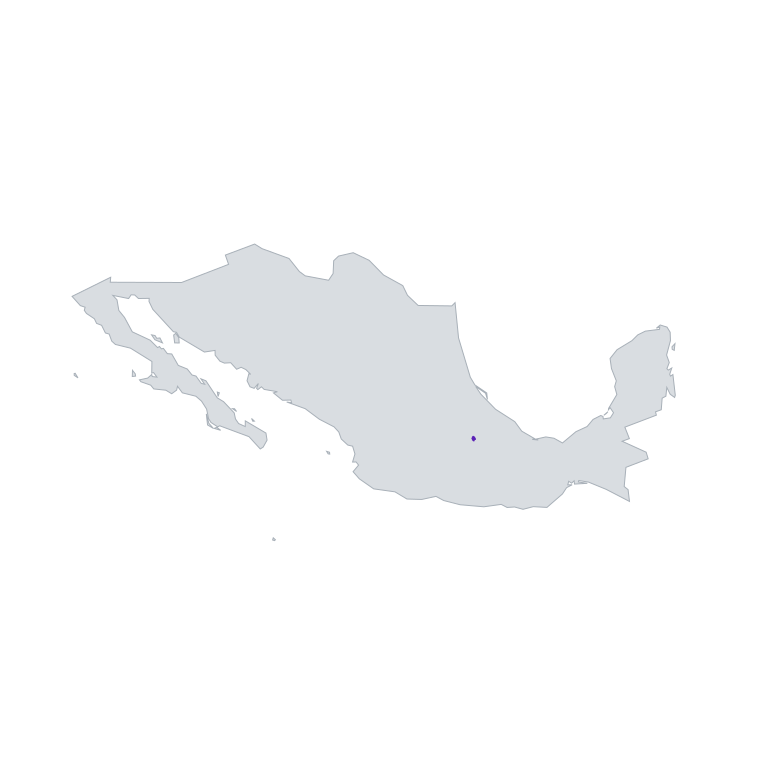 Temascalapa, México, Mexico (highlighted), rotated 339°
{"feature_id": "50627088B1319644746594", "entity_name": "Temascalapa", "entity_type": "district", "adm_level": 2, "iso_a3": "MEX", "parent_name": "Mexico", "parent_adm1": "México", "projection": "natural_earth1", "projection_center": [-98.879, 19.816], "detail": "fine", "context": "in_parent", "style": "filled", "palette": "violet", "viewbox_px": 768, "rotation_deg": 339, "n_neighbors": 0, "source": "geoboundaries", "source_scale": "gbopen_adm2", "svg_char_len": 4707}
<svg xmlns="http://www.w3.org/2000/svg" viewBox="0 0 768 768"><g transform="rotate(339 384 384)"><path d="M124.2,190.4L167.1,186.4L164.9,190.9L231.4,216.7L281.8,216.6L282.1,206.8L313.4,207.0L318.6,213.9L340.3,232.8L345.3,248.7L349.2,254.8L369.5,267.3L376.1,262.6L381.2,250.9L387.4,248.3L402.3,250.4L414.5,263.3L422.6,282.0L436.8,298.9L437.7,309.6L444.0,322.9L475.3,335.4L479.5,333.5L470.1,367.7L467.0,408.6L468.5,417.4L476.7,429.2L475.0,435.5L475.5,429.1L468.7,419.1L470.8,428.3L479.1,447.6L492.6,466.0L495.7,477.4L505.1,489.1L502.5,488.8L507.9,491.6L506.2,489.9L516.1,491.4L523.2,495.5L529.5,503.0L546.1,497.3L558.4,496.5L566.5,492.0L575.1,491.1L576.8,492.8L576.2,495.2L583.2,496.7L588.0,493.1L586.6,487.1L584.3,488.5L584.9,487.3L597.6,477.3L598.4,469.1L602.0,464.3L601.9,451.1L604.2,441.2L613.9,435.5L631.0,432.4L638.5,429.1L646.9,428.3L660.8,431.7L661.9,429.6L658.3,429.5L663.0,427.9L668.6,432.3L669.7,438.2L667.0,446.1L658.2,458.2L658.0,466.2L653.6,471.1L654.4,472.9L658.4,472.2L654.2,477.3L654.3,479.3L657.1,478.7L651.9,498.9L650.5,500.7L647.5,496.1L646.8,488.5L642.8,496.4L638.6,496.9L633.6,507.4L627.5,507.3L627.1,510.7L593.4,510.6L593.5,522.9L585.8,522.8L604.3,541.6L603.8,548.5L580.0,548.5L571.5,565.8L574.0,570.1L571.1,581.6L553.7,562.0L539.8,548.9L531.3,543.9L530.3,545.1L538.2,549.6L526.0,545.7L526.8,542.5L523.6,543.8L521.6,541.0L519.4,544.0L523.5,545.5L517.3,546.2L511.2,550.6L491.9,557.6L479.4,552.0L468.9,550.8L461.8,545.6L454.7,543.4L450.3,538.4L433.2,534.4L411.8,524.0L398.0,514.2L392.2,507.5L377.8,505.3L364.2,499.6L355.6,488.6L336.8,478.2L327.0,463.7L323.7,454.8L331.2,450.6L330.0,446.8L326.7,445.6L331.8,438.9L332.4,430.8L328.3,428.0L324.4,420.0L324.6,412.6L322.0,406.1L311.0,393.7L301.6,378.8L286.7,365.9L291.0,368.4L291.3,365.6L283.4,362.8L277.6,352.7L281.7,353.0L270.2,346.1L268.6,342.7L264.2,344.0L263.5,342.4L266.9,338.5L261.2,341.5L257.9,338.6L257.3,331.9L261.5,326.0L263.0,327.2L260.2,321.0L256.6,317.2L251.7,317.4L248.5,309.2L242.5,307.3L239.0,303.9L236.7,296.6L238.3,292.1L227.8,289.8L209.7,266.9L208.8,261.4L206.1,259.7L194.9,231.4L194.2,222.7L195.5,219.9L185.4,216.2L183.2,211.6L179.9,210.1L176.2,212.7L162.6,204.1L164.9,209.7L162.8,220.3L165.6,228.9L167.7,245.1L181.4,259.3L185.7,268.9L187.8,268.5L188.8,271.4L190.8,271.7L192.6,278.0L196.6,279.9L198.6,292.9L205.7,299.5L208.0,306.8L211.3,309.2L213.6,317.9L216.5,320.0L214.9,313.5L218.9,317.2L223.4,337.2L227.9,343.0L233.8,357.3L232.8,363.4L234.1,368.8L239.2,374.0L241.3,368.7L256.2,387.5L254.7,394.5L248.6,399.6L245.2,400.3L239.1,384.8L215.6,364.1L213.4,364.4L208.7,357.9L207.8,353.5L209.4,343.8L207.5,334.6L204.0,328.0L192.6,320.0L190.4,312.1L188.2,315.4L182.3,317.0L178.1,311.6L167.3,306.1L165.8,301.5L157.9,294.8L157.2,292.5L165.5,293.8L170.5,291.9L170.3,294.0L174.5,296.2L173.0,290.8L171.1,290.5L175.4,279.8L160.2,259.7L147.4,250.8L145.2,246.4L145.3,238.9L142.2,236.5L141.4,228.0L137.4,224.4L137.0,219.3L131.5,211.5L130.6,207.8L132.5,205.2L128.6,202.0L124.2,190.4ZM209.0,267.2L207.5,272.3L203.3,270.6L205.2,262.9L207.7,262.1L209.0,267.2ZM191.9,266.2L186.0,260.6L184.6,254.8L187.6,256.7L188.2,259.9L191.3,260.7L191.9,266.2ZM667.0,456.6L665.5,454.9L666.2,452.5L670.1,450.6L667.0,456.6ZM208.8,364.3L204.6,359.0L207.4,348.2L206.4,357.9L208.8,364.3ZM154.9,287.6L151.7,286.8L154.1,281.1L155.4,285.4L154.9,287.6ZM100.5,268.6L97.9,264.9L98.5,263.2L99.5,263.3L100.5,268.6ZM212.4,364.5L214.9,368.7L209.6,364.6L212.4,364.5ZM308.7,428.2L308.2,430.0L306.8,429.2L306.3,426.3L308.7,428.2ZM235.6,353.5L236.5,356.8L233.7,352.7L235.6,353.5ZM225.5,331.8L227.1,333.2L224.6,336.2L225.5,331.8ZM226.8,490.5L225.7,491.0L224.1,489.7L225.5,487.9L226.8,490.5ZM581.0,491.2L578.0,492.0L583.1,490.1L581.0,491.2ZM249.7,372.2L248.2,371.8L248.0,368.7L249.7,372.2Z" fill="#d9dde1" stroke="#a8b0b8" stroke-width="1"/><path d="M446.9,467.5L446.8,467.8L446.9,468.0L447.0,468.0L447.1,468.3L447.1,468.5L447.2,468.8L447.3,468.9L447.3,469.0L447.5,469.1L447.4,469.1L447.5,469.1L447.6,468.9L447.7,468.7L447.8,468.6L447.7,468.5L447.8,468.5L448.0,468.6L448.2,468.4L448.2,468.2L448.3,468.2L448.4,467.9L448.5,467.8L448.5,467.7L448.6,467.8L448.8,467.9L448.8,468.0L449.0,468.1L449.3,468.2L449.4,467.9L449.2,467.8L449.1,467.7L448.9,467.6L449.0,467.5L449.0,467.4L449.2,467.5L449.3,467.4L449.3,467.2L449.2,467.1L449.1,466.9L449.2,466.7L449.2,466.4L449.3,466.2L449.2,466.0L449.1,465.9L448.9,465.8L448.8,465.7L448.6,465.3L448.4,465.4L448.4,465.5L448.1,465.4L447.9,465.4L447.9,465.5L447.7,465.6L447.6,465.8L447.5,466.0L447.5,465.9L447.4,466.0L447.5,466.0L447.4,466.0L447.6,466.1L447.6,466.3L447.7,466.2L447.7,466.3L447.6,466.5L447.4,466.7L447.2,466.6L447.2,466.8L447.1,467.0L447.0,467.3L446.9,467.4L446.9,467.5Z" fill="#8b5cf6" stroke="#5b21b6" stroke-width="1.5"/></g></svg>